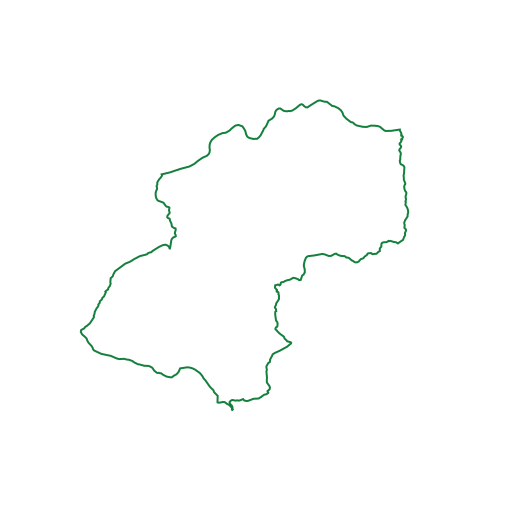 Barichara, Santander, Colombia (Mercator projection), rotated 58°
{"feature_id": "7082276B84209220800631", "entity_name": "Barichara", "entity_type": "district", "adm_level": 2, "iso_a3": "COL", "parent_name": "Colombia", "parent_adm1": "Santander", "projection": "mercator", "projection_center": [-73.205, 6.646], "detail": "fine", "context": "isolated", "style": "outline", "palette": "green", "viewbox_px": 512, "rotation_deg": 58, "n_neighbors": 0, "source": "geoboundaries", "source_scale": "gbopen_adm2", "svg_char_len": 6093}
<svg xmlns="http://www.w3.org/2000/svg" viewBox="0 0 512 512"><g transform="rotate(58 256 256)"><path d="M373.9,357.0L372.5,356.6L371.3,355.9L369.8,355.8L367.9,356.3L366.2,356.0L365.8,355.7L365.4,354.3L365.4,352.9L365.7,352.2L367.8,350.0L368.6,348.2L369.5,347.3L370.0,345.9L370.5,342.8L372.3,342.5L373.5,341.4L374.6,339.7L375.8,333.7L378.1,329.6L378.3,328.7L378.2,326.9L378.4,326.4L378.1,325.2L378.0,322.4L378.7,320.5L378.7,318.3L378.4,318.0L377.3,318.1L376.6,317.8L376.3,315.2L375.1,314.0L373.6,313.5L369.4,313.8L368.4,313.5L364.5,310.9L359.5,308.4L358.4,307.2L355.6,306.0L355.0,305.5L353.2,302.2L353.3,300.5L351.2,298.8L349.2,295.3L348.2,293.9L348.2,291.3L348.9,286.3L349.4,277.7L348.7,272.6L348.3,272.2L347.5,272.3L344.8,274.8L343.8,274.8L341.3,275.5L339.2,275.1L334.5,277.0L331.1,277.8L330.2,277.8L328.7,278.3L328.1,278.2L327.5,277.5L327.1,276.7L327.2,275.9L326.9,275.1L324.6,273.4L323.2,273.0L321.4,273.2L315.9,270.8L314.1,269.6L313.6,269.3L313.3,268.5L313.4,268.0L311.5,267.2L309.9,267.3L309.4,267.1L308.0,264.9L307.0,264.1L304.8,259.5L304.1,258.9L303.1,258.5L302.4,257.8L301.3,257.3L300.3,257.3L299.4,256.5L298.8,256.3L298.2,256.4L297.2,257.3L296.7,257.2L296.5,256.5L296.0,256.2L293.4,256.7L292.3,256.4L291.0,255.1L291.4,254.5L291.8,252.5L292.5,251.9L293.3,251.7L293.4,250.8L292.9,250.0L291.8,249.1L291.8,248.3L292.6,246.5L292.6,244.9L293.1,242.3L294.1,239.7L294.2,236.0L295.9,234.2L297.9,232.7L299.4,232.2L300.0,230.8L297.0,227.1L296.9,225.3L295.6,223.1L294.0,222.3L293.5,221.9L289.5,220.6L287.3,218.7L285.7,217.0L284.1,214.8L283.7,213.6L283.7,212.0L286.5,206.1L289.3,198.9L291.0,196.9L294.4,194.4L295.7,192.4L295.9,188.4L296.4,186.8L297.9,186.2L299.6,185.1L301.1,183.7L303.2,180.8L305.1,180.2L306.0,179.0L307.2,178.1L310.6,177.1L311.4,176.4L313.5,175.6L314.2,174.9L314.9,173.7L315.1,172.7L315.1,171.8L314.2,168.8L314.8,166.2L314.1,164.3L313.9,161.5L313.1,159.9L313.4,159.0L314.5,156.9L315.2,156.5L315.8,156.5L316.4,156.0L317.1,154.2L317.8,153.1L317.9,152.2L317.4,150.3L317.4,148.3L315.3,147.1L315.0,146.5L314.5,144.8L312.4,143.4L311.8,142.6L311.7,141.8L312.0,140.5L313.5,137.8L313.4,135.6L313.9,135.4L314.4,134.0L316.9,131.9L318.5,130.0L320.5,129.0L320.2,122.6L318.5,120.6L317.6,118.8L316.7,118.1L315.7,117.7L315.3,117.3L313.8,115.1L312.9,114.8L310.8,115.2L309.8,114.6L309.2,113.9L308.4,113.4L307.3,113.2L306.4,112.7L304.8,110.8L302.8,106.5L301.0,105.3L299.8,103.9L297.9,102.9L295.3,102.2L291.8,102.2L289.7,100.4L289.0,100.4L287.9,99.2L286.9,98.4L285.7,98.2L284.1,97.0L283.5,96.1L282.1,95.0L281.1,94.8L280.3,95.0L279.2,94.9L277.9,94.6L275.8,93.7L274.6,92.4L274.2,91.4L273.5,90.9L269.7,90.2L267.3,88.8L266.2,88.4L264.3,86.6L259.3,83.1L258.0,83.0L256.8,83.4L254.8,84.6L253.0,84.3L251.3,83.5L250.9,82.8L247.9,80.7L246.1,79.0L245.1,78.6L242.4,78.6L241.6,77.8L241.0,76.1L240.3,75.0L239.1,74.7L237.8,75.1L237.0,74.9L236.5,74.2L236.5,73.6L235.7,71.9L234.3,71.3L234.0,71.0L234.5,70.2L233.7,69.7L233.2,68.6L232.8,68.3L231.7,68.4L230.9,69.1L230.3,68.8L230.0,68.1L227.9,67.6L226.1,67.6L225.0,67.0L221.5,75.0L218.6,79.9L217.4,80.7L212.1,82.4L210.1,84.1L208.4,86.3L206.3,89.5L205.3,93.6L203.1,96.9L198.6,101.5L196.1,102.7L195.1,102.8L193.9,103.3L192.8,104.6L187.4,106.6L183.4,107.4L180.2,106.7L177.4,106.8L174.2,107.9L170.6,110.2L169.0,111.9L162.9,114.1L161.2,116.4L158.2,119.0L157.4,120.4L157.1,122.1L157.1,129.8L157.2,133.7L156.4,134.8L154.6,135.7L152.6,136.1L151.3,137.1L151.1,138.8L151.8,143.6L151.9,146.9L151.8,148.5L151.2,150.4L150.2,151.6L149.8,152.9L148.7,154.4L147.5,155.6L143.8,157.2L143.0,158.5L142.9,159.9L143.1,161.6L144.1,163.4L145.4,164.5L147.2,166.7L148.0,169.7L147.9,173.7L150.4,177.3L151.5,179.2L152.3,182.0L153.3,183.3L156.1,188.1L157.0,190.9L157.2,193.1L156.5,194.0L155.3,196.3L152.1,199.3L150.8,199.9L150.0,200.1L147.6,199.9L144.3,198.8L142.2,198.7L138.9,198.8L135.7,201.3L134.6,203.9L134.5,205.1L135.0,209.5L135.5,211.4L135.6,213.0L135.4,216.4L134.0,219.4L133.3,223.7L133.4,227.8L134.1,231.9L135.4,234.4L137.0,236.3L139.8,238.2L141.6,238.9L143.5,240.5L144.4,241.8L145.0,244.6L144.3,249.4L144.6,255.1L145.2,259.4L144.8,265.1L142.1,273.8L139.4,285.0L136.8,292.7L137.7,292.7L138.4,293.8L139.2,295.7L139.6,297.4L141.1,300.4L141.6,301.0L142.9,301.6L144.2,303.4L145.4,303.6L146.8,304.5L148.0,306.3L149.3,307.7L151.9,309.2L153.9,309.9L156.4,310.0L157.4,309.6L161.6,306.3L166.2,305.9L166.8,305.6L167.9,304.4L168.7,303.9L169.4,303.9L170.7,305.3L172.1,305.9L173.3,306.1L173.8,306.5L174.9,309.7L176.0,310.7L176.8,310.7L178.6,309.5L180.6,310.2L183.6,310.5L186.2,311.6L186.8,311.6L188.6,310.8L190.0,309.6L191.5,310.4L192.7,311.9L193.9,312.9L195.5,313.0L196.7,313.5L196.8,314.1L196.4,316.4L197.0,318.4L197.8,319.5L202.9,323.9L204.0,325.1L203.8,325.3L202.6,325.0L201.6,325.0L200.2,325.5L198.4,326.8L197.4,329.3L196.9,333.3L196.9,340.9L197.3,342.9L196.7,344.3L196.4,346.0L196.8,347.6L194.6,354.4L194.1,360.5L194.1,365.9L193.2,371.0L194.2,383.5L195.7,386.2L197.4,388.5L197.8,391.0L200.6,393.1L201.5,393.7L202.3,393.8L203.9,395.7L204.7,397.8L205.4,398.8L206.0,399.2L206.0,401.0L206.3,402.6L207.2,402.6L209.7,406.3L210.1,408.5L211.1,409.6L211.7,412.5L212.9,413.3L213.6,415.4L214.5,415.8L215.2,416.9L215.9,418.9L218.0,422.4L219.5,423.6L220.7,425.3L222.0,425.8L225.1,432.6L225.7,436.8L225.6,438.2L226.4,440.2L226.1,443.1L226.2,443.6L227.5,444.8L230.3,445.0L235.0,443.6L236.2,443.4L238.3,443.9L240.7,444.0L245.5,443.1L247.3,443.2L248.8,443.6L249.9,443.5L251.1,442.9L257.1,439.0L263.7,432.1L269.2,428.3L270.9,426.7L273.4,422.2L275.1,420.7L276.8,418.6L279.5,416.5L281.4,415.8L285.2,413.5L286.4,412.1L289.9,408.9L292.4,405.2L295.2,403.4L296.6,403.1L299.2,403.1L302.4,402.0L303.2,401.3L303.5,400.3L304.6,399.5L305.2,398.6L307.6,397.7L310.9,395.7L313.3,393.1L314.3,391.7L314.0,389.4L314.2,385.9L313.2,382.9L311.1,379.9L313.9,373.4L315.5,371.3L317.5,369.5L319.8,368.0L325.3,365.7L327.6,365.3L329.8,365.1L332.0,365.3L334.6,364.8L342.4,364.4L345.2,363.8L346.3,363.4L347.5,363.3L349.4,363.7L354.3,362.6L359.7,366.2L360.7,365.3L361.8,362.9L362.0,361.9L363.3,360.0L365.9,359.0L368.0,357.7L371.2,357.0L372.2,357.0L373.7,357.9L374.0,357.7L373.9,357.0Z" fill="none" stroke="#15803d" stroke-width="2"/></g></svg>